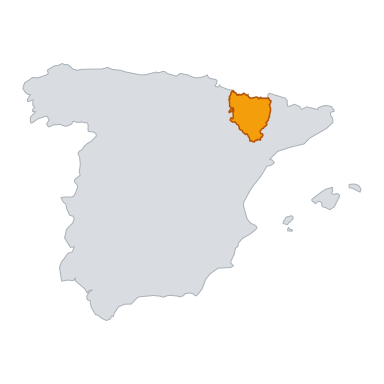 Huesca highlighted on a map of Spain
{"feature_id": "ESP-5825", "entity_name": "Huesca", "entity_type": "Autonomous Community", "adm_level": 1, "iso_a3": "ESP", "parent_name": "Spain", "parent_adm1": "", "projection": "equal_earth", "projection_center": [-0.025, 42.135], "detail": "fine", "context": "in_parent", "style": "filled", "palette": "amber", "viewbox_px": 384, "rotation_deg": 0, "n_neighbors": 0, "source": "natural_earth", "source_scale": "10m", "svg_char_len": 7384}
<svg xmlns="http://www.w3.org/2000/svg" viewBox="0 0 384 384"><path d="M207.5,75.0L207.6,76.1L209.5,78.3L215.5,79.5L217.0,80.4L216.7,83.3L215.2,85.9L216.5,87.0L217.9,86.9L219.7,84.9L220.0,86.2L222.8,87.5L228.7,89.8L233.0,90.1L237.3,94.7L244.4,93.8L250.9,98.2L256.9,97.2L258.2,98.1L267.6,98.2L268.0,94.6L269.2,93.2L285.4,98.2L287.4,101.2L287.0,102.8L287.9,106.4L290.0,106.2L294.3,104.2L299.8,106.7L301.3,109.0L302.5,109.1L306.6,106.9L317.9,109.5L318.3,107.8L319.1,107.3L323.8,105.8L325.7,105.4L331.7,106.6L332.5,108.6L333.7,109.4L334.2,111.2L330.7,112.3L330.4,115.3L332.6,117.9L332.9,122.4L326.9,128.2L309.7,138.1L304.1,143.9L291.2,147.0L277.8,151.3L269.8,159.2L271.9,159.9L274.3,162.5L273.5,163.7L270.0,165.6L266.9,166.1L261.1,175.9L253.0,186.0L250.0,190.6L243.6,202.4L243.5,205.8L246.7,217.7L248.5,220.8L251.0,223.4L255.8,225.6L257.0,227.8L255.4,229.9L250.5,233.7L242.2,238.7L238.6,242.7L237.8,246.5L235.4,248.3L234.4,253.6L231.0,261.1L230.8,263.1L233.4,265.8L230.8,267.5L217.9,268.2L209.8,274.1L205.7,279.3L202.0,289.1L197.5,294.8L195.5,295.9L192.5,293.4L188.7,293.0L185.1,293.8L183.1,295.8L180.1,296.9L177.1,296.0L170.8,295.4L167.9,295.5L163.5,297.2L159.7,296.1L153.3,295.5L139.4,296.8L137.6,297.4L131.3,304.0L124.6,304.2L118.4,306.9L114.2,313.3L113.3,316.7L112.1,315.9L111.2,316.2L110.7,318.8L106.4,320.5L101.7,318.3L97.9,315.1L95.8,314.9L92.6,309.9L91.2,306.8L90.3,303.4L90.3,301.0L87.3,299.6L86.7,296.5L89.0,292.4L91.9,290.2L89.2,290.3L87.2,293.0L84.8,288.8L75.0,280.6L75.6,277.8L73.9,279.9L72.7,280.5L67.6,280.1L61.6,281.1L59.5,267.4L61.2,262.5L68.1,253.2L72.3,251.9L74.2,247.0L70.4,247.3L64.6,238.0L66.5,229.3L72.7,222.9L73.8,220.3L74.1,217.9L73.0,216.2L69.7,215.3L66.6,208.5L65.9,204.2L63.2,201.9L61.1,197.7L63.2,197.1L71.7,197.0L73.8,195.9L75.4,193.1L77.2,188.5L77.7,185.7L74.5,181.7L74.4,180.9L74.9,179.5L80.2,175.1L79.3,171.8L80.3,164.8L80.0,160.7L79.6,157.4L78.0,153.1L79.2,151.3L81.9,149.8L84.2,146.3L87.4,143.4L91.5,141.1L96.5,135.9L95.8,133.6L94.2,132.3L88.4,131.3L88.0,130.3L88.2,124.7L86.7,122.5L84.6,122.8L81.4,121.8L80.6,122.4L76.5,122.2L73.6,121.2L72.4,122.1L71.9,124.0L67.0,126.1L64.3,126.0L59.9,124.3L54.8,124.9L54.2,124.4L49.7,126.7L48.3,126.8L46.6,124.0L49.1,120.0L47.2,116.3L45.9,116.1L37.7,118.9L32.9,122.5L31.0,123.0L30.4,122.4L30.4,117.2L35.5,111.7L32.4,111.3L32.6,109.7L34.7,107.2L32.8,105.3L33.0,99.8L28.6,101.6L27.5,101.3L27.5,99.1L30.4,94.7L27.6,94.2L25.5,92.5L23.0,88.9L23.1,87.0L24.8,82.5L28.7,80.4L32.5,77.4L37.6,77.9L45.4,75.4L48.1,74.0L48.1,72.1L47.3,70.8L48.1,69.5L54.5,65.8L58.3,65.4L62.2,63.5L64.7,64.7L66.9,64.3L69.4,65.7L72.7,69.0L77.6,70.3L81.6,69.3L101.9,69.0L107.7,67.4L112.1,69.4L120.7,70.3L125.8,72.0L140.1,74.8L145.3,74.8L155.8,72.1L158.7,72.8L162.9,71.4L164.9,71.7L167.5,73.6L176.6,76.2L179.1,74.0L180.9,73.5L187.5,74.8L194.1,77.6L197.6,77.8L202.7,77.0L207.5,75.0ZM331.5,193.4L333.9,194.5L336.4,193.5L337.8,193.8L339.1,194.4L339.5,196.5L334.2,206.9L329.9,209.7L325.4,207.5L322.9,206.9L322.1,206.1L321.5,202.7L320.3,201.7L318.6,201.2L315.2,203.8L314.2,202.1L312.6,201.7L311.9,200.7L311.9,199.3L322.3,191.3L325.3,189.5L331.7,187.4L332.7,187.7L331.9,189.0L332.8,190.1L331.5,193.4ZM361.0,189.2L360.0,192.1L352.2,188.2L349.6,187.8L349.0,187.2L349.2,184.4L354.4,184.0L358.6,185.4L361.0,189.2ZM288.6,222.5L287.7,224.6L283.9,223.8L283.0,223.0L283.8,220.7L284.9,220.4L285.0,218.7L286.2,217.1L291.6,215.7L292.9,216.8L293.2,218.5L289.9,222.0L288.6,222.5ZM292.5,230.8L291.9,231.2L287.7,230.8L287.6,229.4L288.5,227.5L290.0,229.4L292.4,229.8L292.5,230.8Z" fill="#d9dde1" stroke="#a8b0b8" stroke-width="1"/><path d="M233.4,90.8L233.5,91.0L233.5,91.3L233.4,91.4L233.4,91.6L233.5,91.9L233.8,92.1L234.0,92.1L234.3,92.1L234.5,92.2L235.4,92.7L235.8,93.0L236.8,94.3L236.7,94.5L236.9,94.7L237.3,94.7L237.4,94.8L237.6,95.0L237.5,95.4L237.8,95.5L238.4,95.2L238.6,95.1L238.6,94.4L239.3,94.4L240.6,95.0L241.4,94.9L242.0,94.6L243.1,93.7L243.4,93.9L243.6,93.8L243.7,93.6L243.9,93.3L244.2,93.6L244.3,93.6L245.7,94.5L246.0,95.1L246.7,95.2L247.4,95.0L247.9,94.8L247.8,95.3L248.0,95.9L248.3,96.4L248.7,96.7L248.8,96.9L248.8,97.1L248.9,97.3L249.2,97.4L249.5,97.5L249.8,97.8L249.9,98.0L250.9,98.3L251.8,98.3L253.7,97.6L255.2,97.4L255.7,97.1L256.1,97.0L257.4,97.3L257.8,97.5L258.3,98.4L258.7,98.9L259.1,98.8L259.8,97.9L260.2,97.5L260.7,97.3L261.4,97.9L261.4,98.0L261.5,98.3L262.0,98.4L262.5,98.4L263.5,98.2L263.9,98.3L267.0,98.3L267.9,98.4L268.2,98.3L268.3,98.0L268.6,98.2L269.1,99.1L269.5,100.0L269.7,100.3L269.9,100.5L270.1,100.5L270.6,100.6L270.9,100.8L271.0,100.9L271.0,101.1L270.9,101.3L270.8,101.9L270.8,102.1L270.8,102.3L270.7,102.4L270.6,102.6L270.4,102.8L270.3,103.1L270.2,103.3L270.0,103.7L270.1,104.1L270.0,104.3L269.9,104.4L269.7,104.5L269.4,104.6L269.3,104.9L269.4,105.1L269.5,105.4L269.6,105.6L269.6,106.0L269.8,106.3L270.0,106.5L270.2,107.1L270.4,107.9L270.6,109.3L270.6,109.9L270.5,110.2L270.4,110.7L270.4,110.8L270.4,111.2L270.4,111.8L270.3,112.0L270.1,112.6L269.9,113.0L269.6,114.3L269.5,114.5L269.4,114.8L269.4,115.2L269.5,115.3L269.5,115.7L269.5,116.0L269.4,116.7L269.3,117.1L269.2,117.4L268.9,117.5L268.5,119.0L268.2,119.7L268.2,120.0L268.1,120.6L267.9,120.9L267.6,121.0L267.3,121.3L267.1,121.6L267.0,121.8L266.9,121.9L266.7,121.9L266.4,122.0L266.1,122.4L266.0,122.6L266.0,122.8L266.4,123.1L266.6,123.3L266.7,123.6L266.8,124.7L266.7,124.9L266.5,125.1L266.4,125.3L266.2,125.4L265.8,125.7L265.6,126.0L265.4,126.3L265.2,126.4L264.7,126.6L264.4,126.7L264.3,126.9L264.0,127.4L263.7,127.9L263.5,128.2L263.2,128.4L262.4,128.5L262.2,128.6L261.9,128.8L261.8,129.0L261.7,129.2L261.5,129.4L261.4,129.6L261.0,130.1L260.4,130.6L260.1,131.2L260.1,131.4L260.1,131.7L260.5,132.5L260.6,133.2L260.7,133.5L260.8,133.6L261.0,133.8L261.8,133.8L262.0,133.8L262.3,133.8L262.5,133.9L262.6,134.2L262.6,134.5L262.7,134.9L262.8,135.2L262.9,135.5L262.7,135.9L262.2,136.4L262.1,136.6L262.0,136.8L262.0,137.0L261.9,137.0L261.6,137.2L260.9,137.5L260.7,137.7L260.6,137.9L260.6,138.5L260.6,139.2L260.3,140.1L257.9,139.3L257.4,140.1L256.5,140.4L256.0,140.0L255.1,140.7L254.5,141.9L252.4,141.6L252.2,141.4L251.9,141.1L251.5,140.8L251.0,140.8L250.1,141.1L249.3,137.8L248.9,137.1L248.1,136.0L247.7,134.7L247.5,134.3L247.2,134.0L246.9,133.8L246.6,133.9L245.9,134.5L245.7,134.5L245.4,134.4L244.0,133.0L243.3,132.7L243.1,132.5L242.5,131.1L242.4,130.9L239.7,129.3L239.4,129.0L239.3,128.6L238.8,125.9L238.5,125.3L238.1,124.9L236.7,124.3L235.6,122.4L235.2,122.1L232.5,122.0L230.6,120.7L230.3,120.3L230.3,119.7L230.5,118.7L230.7,118.3L230.9,118.1L231.1,118.0L231.2,117.9L231.5,117.9L231.7,118.0L231.8,118.2L232.2,118.7L232.4,118.8L232.7,118.6L233.0,118.3L233.2,117.8L233.3,117.3L233.0,112.2L233.2,111.7L233.6,111.2L233.7,110.9L233.7,110.6L233.4,109.5L233.5,108.4L233.3,108.1L233.2,107.9L232.5,107.9L232.4,108.0L232.6,109.1L232.6,109.4L231.9,111.4L231.8,111.5L231.6,111.6L231.4,111.7L231.2,111.7L230.9,111.4L230.7,111.4L230.4,111.4L230.2,111.5L229.9,112.3L229.6,112.5L229.3,112.5L229.1,112.3L228.9,112.1L228.9,111.8L231.0,108.6L231.1,108.2L230.9,107.4L229.5,106.5L229.5,106.4L229.7,105.7L229.8,105.5L229.8,105.3L229.6,104.5L229.4,100.7L228.9,99.6L228.9,99.4L229.0,99.3L229.1,99.2L229.7,99.0L229.9,98.9L230.0,98.5L230.0,98.2L229.3,97.6L229.3,97.4L229.4,96.5L229.6,96.1L229.8,96.0L230.1,95.8L230.4,95.6L230.6,95.1L230.8,94.1L230.7,93.6L230.8,93.3L230.9,93.0L231.6,92.2L231.6,91.8L231.7,91.5L231.9,91.3L232.7,90.8L233.4,90.8L233.4,90.8Z" fill="#f59e0b" stroke="#b45309" stroke-width="1.5"/></svg>